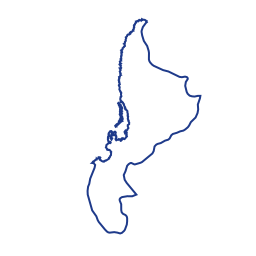 Pueblo Viejo, Azua, Dominican Republic, rotated 140°
{"feature_id": "3306468B59626233413170", "entity_name": "Pueblo Viejo", "entity_type": "district", "adm_level": 2, "iso_a3": "DOM", "parent_name": "Dominican Republic", "parent_adm1": "Azua", "projection": "robinson", "projection_center": [-70.862, 18.341], "detail": "fine", "context": "isolated", "style": "outline", "palette": "blue", "viewbox_px": 256, "rotation_deg": 140, "n_neighbors": 0, "source": "geoboundaries", "source_scale": "gbopen_adm2", "svg_char_len": 5938}
<svg xmlns="http://www.w3.org/2000/svg" viewBox="0 0 256 256"><g transform="rotate(140 128 128)"><path d="M164.4,71.6L164.3,86.8L163.8,90.5L161.5,94.7L157.7,96.5L152.9,99.6L150.7,99.9L148.7,99.6L147.9,99.0L146.7,96.4L146.2,95.7L140.7,93.3L139.1,92.9L125.7,92.8L123.2,93.8L119.5,96.8L117.1,97.1L115.6,96.8L112.6,95.4L107.7,94.5L104.7,93.2L102.9,93.2L99.5,94.6L97.5,94.6L93.6,92.9L90.2,91.9L87.2,90.4L85.0,90.1L81.7,90.1L79.6,90.6L76.1,92.1L69.5,92.6L65.2,94.7L62.3,97.1L59.4,101.1L53.8,104.5L51.9,106.1L53.8,107.7L56.8,109.3L58.6,111.1L60.0,113.2L60.3,115.9L59.8,118.0L57.1,123.5L54.1,126.1L50.8,127.1L50.2,127.8L50.2,129.2L51.3,130.7L54.1,132.3L55.7,134.1L60.7,145.3L63.9,149.8L68.3,159.1L68.8,161.1L68.9,164.0L68.6,165.6L67.9,167.1L63.7,172.0L62.6,173.8L60.6,178.5L59.9,184.5L57.7,189.7L55.8,193.0L54.8,193.9L51.7,195.8L46.7,197.0L45.5,197.0L45.5,197.8L45.1,198.0L45.5,198.5L45.3,199.2L45.7,200.1L46.9,201.4L47.3,201.4L47.3,201.9L47.6,201.9L47.6,202.4L48.8,201.9L48.8,202.4L49.8,202.8L49.8,203.3L50.6,203.3L50.6,203.5L51.4,203.3L51.4,203.7L53.2,204.4L53.2,204.2L54.0,203.9L54.0,203.5L55.4,203.5L56.0,203.0L56.6,203.0L56.6,202.8L57.2,202.8L57.4,202.4L57.9,202.4L58.3,201.4L58.9,201.2L58.9,200.8L59.7,200.5L60.1,200.1L60.7,200.1L60.7,199.6L61.7,199.4L61.7,199.2L62.1,199.4L63.3,199.2L63.3,199.4L63.9,199.4L64.1,199.8L65.1,199.8L65.1,199.2L65.5,198.7L66.7,198.7L66.9,199.2L68.1,199.4L68.1,199.6L69.0,199.6L69.8,198.9L71.4,198.9L71.6,198.0L73.2,197.1L73.6,196.2L75.0,196.0L75.6,195.1L77.0,195.1L76.8,194.2L77.6,192.8L78.8,193.0L79.1,192.6L80.9,192.6L81.7,191.7L83.3,191.9L83.3,190.7L84.3,190.5L84.1,189.6L85.5,189.1L85.7,188.2L86.1,187.8L86.7,187.8L87.1,187.1L87.5,187.1L88.5,185.5L89.3,185.7L89.6,185.3L89.4,184.6L89.8,184.1L90.0,184.4L91.6,184.1L91.8,183.2L92.2,183.0L92.0,181.9L93.4,182.1L93.4,181.6L93.6,181.6L93.4,180.7L93.8,180.7L94.0,179.8L94.6,179.4L94.6,178.4L95.2,178.2L95.8,178.7L95.8,178.4L96.2,178.4L96.4,177.1L98.0,176.6L98.2,175.5L98.6,175.3L98.6,174.6L99.0,174.6L99.4,174.1L99.4,173.2L99.9,173.4L101.3,172.5L102.1,172.8L102.5,171.8L102.9,171.8L103.1,171.2L104.1,170.9L104.5,170.5L104.5,169.8L104.9,169.6L105.1,168.7L105.5,168.7L106.1,166.8L106.9,166.8L106.9,166.6L107.7,166.4L108.1,164.6L109.9,163.0L110.1,161.6L110.6,160.9L110.6,160.0L110.4,160.0L110.6,159.1L111.2,158.9L112.0,158.0L112.6,156.6L113.6,156.6L113.8,156.1L114.6,155.9L115.6,154.8L115.8,153.6L116.2,153.6L117.0,152.7L116.8,152.3L116.0,152.5L115.6,152.0L115.6,151.1L115.8,151.1L115.6,150.4L116.0,149.8L115.8,148.8L116.2,148.6L116.6,147.7L116.8,146.1L117.2,145.9L117.2,145.0L117.6,145.0L118.0,144.3L118.0,143.6L117.6,143.2L117.6,141.3L118.6,140.2L118.8,139.3L119.4,138.8L119.6,138.1L120.2,137.9L120.5,136.8L120.9,136.8L121.5,135.6L122.3,135.2L122.7,133.4L123.1,133.4L123.3,132.9L123.5,131.5L124.7,130.2L126.3,130.4L127.1,129.5L127.7,127.7L129.1,127.4L129.7,127.0L130.7,127.0L131.2,127.7L131.8,127.7L132.2,127.2L133.2,127.2L133.6,126.1L132.0,126.3L131.8,125.4L132.2,124.9L133.0,124.9L133.4,124.3L133.4,123.6L134.0,123.6L134.2,122.4L134.6,122.4L134.6,122.2L137.8,121.7L138.2,122.2L138.2,123.1L138.6,123.6L139.0,123.6L139.2,124.0L139.8,124.0L140.0,122.9L141.5,122.7L141.9,122.9L141.7,124.7L142.1,125.4L142.9,125.2L143.1,125.6L144.9,126.1L144.9,127.2L144.5,127.7L143.9,127.7L143.7,128.1L143.1,128.1L142.5,128.8L142.5,129.5L142.1,129.7L142.1,130.2L142.5,130.2L142.7,130.9L142.5,131.1L141.7,130.9L140.8,132.2L140.2,132.5L140.2,133.1L140.6,133.1L140.8,133.8L142.1,133.8L142.9,133.1L143.5,133.1L143.7,132.5L144.3,132.5L144.3,132.2L144.7,132.5L144.7,132.9L145.1,132.9L146.9,131.3L146.7,130.2L148.1,129.7L147.9,131.3L146.9,132.5L145.3,132.9L145.1,133.6L144.3,133.8L143.7,135.0L142.7,135.4L142.7,136.3L143.7,137.0L145.9,136.5L146.3,135.9L146.9,135.9L147.3,135.2L147.3,134.5L147.1,134.5L147.3,133.8L148.7,134.3L149.5,133.6L149.5,133.1L149.9,132.7L150.3,132.7L150.9,132.0L151.1,131.1L151.5,130.9L151.5,129.5L150.5,128.8L150.7,127.9L151.5,127.9L152.2,129.0L153.2,129.0L153.2,128.8L155.6,128.8L156.4,127.9L157.4,127.4L157.4,125.8L157.6,125.8L157.8,124.9L157.6,124.9L157.6,124.3L157.0,123.6L156.6,123.6L156.2,122.9L156.2,120.6L156.8,120.4L156.8,119.9L158.6,118.1L159.4,118.1L160.4,117.4L161.7,117.4L162.1,116.7L165.9,117.2L166.1,117.6L167.5,117.6L167.5,117.9L168.1,117.9L168.3,118.3L168.7,118.3L169.5,119.9L169.5,121.3L169.9,121.5L169.9,122.2L168.7,123.1L168.3,123.1L168.3,123.6L169.3,124.5L169.9,124.0L171.9,124.3L171.9,124.5L172.1,124.3L172.2,124.5L173.8,124.5L173.8,124.3L175.4,124.5L175.6,124.3L176.0,124.7L176.6,124.7L176.8,124.3L178.0,124.3L176.9,123.1L176.9,120.8L179.2,119.0L189.5,113.5L193.6,110.1L196.3,108.7L199.4,105.8L201.7,102.8L208.4,87.9L209.0,80.7L210.4,76.9L210.8,74.7L210.9,65.1L210.7,62.2L210.2,60.7L209.3,59.6L205.5,57.1L203.4,54.7L201.8,52.3L200.1,51.6L197.1,51.7L195.7,52.1L191.0,54.8L188.7,57.0L186.6,59.5L185.9,60.9L185.8,62.0L185.9,63.0L187.0,65.5L187.0,67.5L186.0,69.4L182.2,74.0L181.0,77.7L180.2,78.8L178.9,79.2L177.0,78.9L172.4,76.2L168.7,73.0L164.4,71.6ZM135.8,136.5L134.6,137.5L133.8,137.0L130.3,137.2L130.3,137.5L127.9,137.0L128.1,138.4L126.7,138.1L126.5,138.6L126.1,138.6L125.9,139.5L125.5,139.7L125.1,140.6L125.1,141.6L124.3,142.5L123.7,142.7L123.7,143.2L124.1,143.2L124.3,143.8L123.9,144.1L123.9,143.4L123.1,143.4L123.3,144.7L122.7,145.4L122.3,145.4L122.3,144.7L121.7,144.7L121.7,145.9L122.1,146.1L122.1,146.6L121.5,146.8L121.3,147.5L121.1,147.5L121.3,146.6L120.9,146.3L120.0,146.6L120.0,147.0L119.4,147.5L119.2,149.5L118.8,150.2L118.8,150.9L119.4,151.3L119.4,152.0L119.0,152.5L119.2,153.4L119.8,153.2L119.8,152.0L120.4,151.3L120.4,149.8L120.5,149.3L120.9,149.3L120.9,148.6L122.7,146.8L122.9,146.1L123.7,145.7L123.7,145.0L124.1,145.0L125.1,143.8L125.5,143.8L125.7,142.9L125.3,142.9L125.3,142.7L125.9,142.5L125.9,142.0L127.3,140.4L127.3,140.0L128.1,140.0L128.1,139.7L129.3,139.5L129.7,139.1L130.7,139.1L131.6,137.9L134.6,137.9L134.6,138.1L136.4,137.9L136.6,137.0L136.2,137.0L135.8,136.5Z" fill="none" stroke="#1e3a8a" stroke-width="2"/></g></svg>